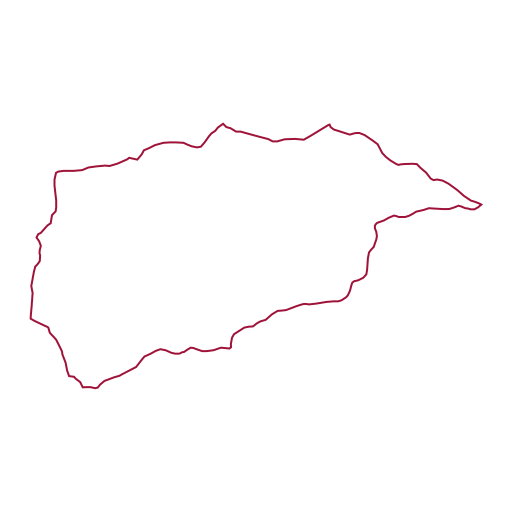 Nahi, Wangdi Phodrang, Bhutan
{"feature_id": "84629894B45309072751203", "entity_name": "Nahi", "entity_type": "district", "adm_level": 2, "iso_a3": "BTN", "parent_name": "Bhutan", "parent_adm1": "Wangdi Phodrang", "projection": "mercator", "projection_center": [89.813, 27.444], "detail": "fine", "context": "isolated", "style": "outline", "palette": "rose", "viewbox_px": 512, "rotation_deg": 0, "n_neighbors": 0, "source": "geoboundaries", "source_scale": "gbopen_adm2", "svg_char_len": 3148}
<svg xmlns="http://www.w3.org/2000/svg" viewBox="0 0 512 512"><path d="M223.1,123.8L217.9,127.5L215.3,130.8L211.3,133.5L209.1,136.1L204.6,142.4L200.9,146.7L196.9,147.4L191.7,146.3L187.6,144.7L183.5,142.8L175.8,142.4L169.8,142.4L163.5,142.8L155.0,145.1L149.1,148.1L143.9,150.3L141.7,154.4L137.3,159.6L129.1,157.8L127.3,159.3L117.3,163.7L109.5,166.0L105.1,165.6L96.2,166.4L88.4,167.5L82.2,170.1L73.3,170.9L63.3,170.9L58.2,171.6L56.0,172.9L54.5,179.6L54.5,185.6L56.2,200.5L56.2,207.5L55.6,211.4L52.0,215.1L50.7,223.2L47.4,225.5L40.8,232.9L38.2,234.2L36.5,237.5L39.1,241.2L40.1,243.8L40.8,245.8L40.5,247.2L39.8,249.8L39.6,251.7L39.5,253.1L40.1,255.3L40.0,257.5L39.9,259.0L39.8,261.0L38.2,263.4L36.8,265.0L35.2,266.7L34.7,268.9L34.1,270.9L33.6,273.3L33.3,275.2L32.9,277.1L32.6,279.0L32.2,281.1L31.8,283.3L31.3,285.9L31.8,288.8L32.2,290.8L32.6,292.9L32.5,294.6L32.3,296.9L32.2,299.1L32.0,301.4L31.8,303.5L31.7,305.9L31.5,307.8L31.3,310.1L31.1,312.4L30.9,314.6L30.7,317.0L30.7,318.7L34.7,321.0L37.9,322.5L40.8,323.9L43.6,325.2L46.0,326.3L47.6,327.0L48.4,327.8L48.8,329.2L49.2,330.8L49.9,332.9L51.1,334.2L53.1,336.3L55.0,338.4L56.1,339.6L56.8,341.0L57.9,343.1L58.8,344.9L61.0,349.3L62.0,351.5L62.4,354.4L65.6,362.7L67.1,370.5L69.1,376.1L74.1,376.8L75.7,378.7L80.2,382.1L82.7,387.3L84.4,387.2L90.3,387.1L95.1,388.2L97.7,387.6L100.1,384.6L104.5,380.9L109.6,379.0L114.1,377.3L119.4,375.8L122.2,374.2L136.1,367.0L141.4,360.2L144.5,356.5L150.7,353.7L155.7,350.9L160.4,349.2L165.8,350.3L171.4,352.8L175.3,353.7L178.9,353.7L180.0,353.4L182.0,352.3L184.0,352.0L187.3,349.7L190.7,347.7L193.4,348.0L195.7,348.9L202.1,351.1L206.9,351.1L213.6,350.2L220.9,347.7L229.4,348.5L231.0,347.3L230.9,343.8L232.0,337.8L234.0,334.2L244.3,327.6L248.8,326.7L253.0,326.4L256.9,323.3L260.6,321.3L265.6,319.9L268.1,317.7L272.0,314.3L277.6,310.9L281.5,310.6L286.0,310.1L295.8,306.4L300.0,305.0L303.1,304.1L305.3,303.9L309.2,304.4L316.2,303.6L326.6,301.9L334.1,301.3L338.3,301.3L341.7,300.2L343.9,298.7L346.1,297.3L347.8,295.4L350.0,290.7L351.2,285.9L352.3,282.6L354.2,281.2L358.2,280.3L363.2,277.8L366.3,274.4L367.1,269.9L367.9,258.4L369.0,252.5L370.7,250.2L373.8,246.8L374.9,243.4L376.3,239.5L376.9,236.1L376.3,231.9L374.9,228.3L374.9,225.7L375.7,224.3L377.1,222.9L380.2,221.8L384.1,220.4L388.6,217.8L393.9,215.6L395.6,215.9L398.9,217.0L405.1,217.0L409.0,215.8L412.6,213.9L416.3,211.6L419.1,211.0L423.8,209.9L428.9,208.2L433.1,208.5L443.7,209.1L449.3,209.0L454.3,207.4L458.5,205.7L461.3,206.5L465.3,208.2L467.8,208.5L470.6,209.3L474.5,209.3L478.1,207.3L481.3,204.6L478.6,203.2L474.6,201.7L470.9,200.6L463.8,195.8L457.2,190.0L448.5,183.7L442.6,180.6L437.1,179.5L433.6,180.1L430.7,178.6L426.1,172.6L420.4,167.8L416.9,164.1L412.7,163.8L404.9,164.0L400.4,164.4L398.6,164.9L396.4,164.1L390.3,160.4L385.9,156.9L382.2,153.0L377.7,144.3L372.9,140.7L364.7,135.1L359.4,133.0L356.2,133.0L353.5,133.5L349.9,134.6L347.2,133.8L339.2,131.2L334.0,129.6L330.7,127.2L329.6,124.6L328.2,125.1L310.5,135.9L303.8,139.7L294.9,138.9L284.6,139.3L277.2,141.4L272.7,141.4L268.3,139.1L257.2,136.2L240.5,131.6L236.1,131.6L230.5,128.2L226.4,127.1L223.1,123.8Z" fill="none" stroke="#9f1239" stroke-width="2"/></svg>